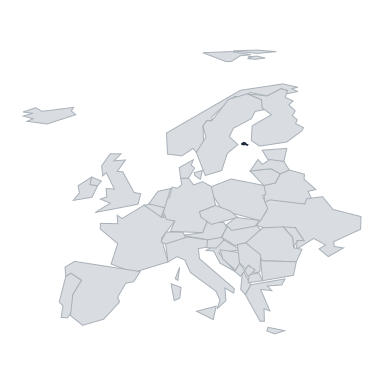 Aland on a map of Europe (Equal Earth projection)
{"feature_id": "ALA", "entity_name": "Aland", "entity_type": "country or territory", "adm_level": 0, "iso_a3": "ALA", "parent_name": "Europe", "parent_adm1": "", "projection": "equal_earth", "projection_center": [19.994, 60.209], "detail": "fine", "context": "in_parent", "style": "filled", "palette": "slate", "viewbox_px": 384, "rotation_deg": 0, "n_neighbors": 38, "source": "natural_earth", "source_scale": "50m", "svg_char_len": 8089}
<svg xmlns="http://www.w3.org/2000/svg" viewBox="0 0 384 384"><path d="M202.8,52.7L231.3,51.6L251.1,54.7L240.1,55.8L231.5,61.4L226.1,61.6L202.8,52.7ZM297.5,91.6L285.7,94.0L287.4,90.6L281.1,88.7L267.2,96.0L250.3,92.5L243.8,97.3L234.6,96.5L211.9,116.6L211.7,120.8L206.7,120.7L203.0,126.1L203.7,144.4L196.3,152.4L193.1,148.4L181.9,155.9L167.5,154.1L166.5,133.0L240.4,90.3L282.8,83.9L297.9,87.3L291.9,88.6L297.5,91.6ZM276.4,51.6L257.5,53.4L233.0,50.9L256.9,50.1L276.4,51.6ZM265.2,58.0L255.4,59.3L247.5,58.6L250.6,57.8L247.9,56.8L257.0,56.1L265.2,58.0Z" fill="#d9dde1" stroke="#a8b0b8" stroke-width="1"/><path d="M144.0,205.2L174.9,220.9L161.4,238.3L168.0,261.9L133.0,272.6L111.1,264.0L117.7,243.7L100.2,228.9L100.4,223.4L117.8,223.7L117.1,215.3L122.1,218.5L144.0,205.2ZM175.2,278.7L179.6,267.3L177.9,280.4L175.2,278.7Z" fill="#d9dde1" stroke="#a8b0b8" stroke-width="1"/><path d="M196.3,152.4L205.9,137.1L203.0,126.1L206.7,120.7L211.7,120.8L228.6,99.3L247.4,93.8L261.6,99.7L263.7,109.8L255.2,111.4L251.3,118.7L233.3,128.3L229.3,136.8L237.9,144.6L227.4,153.2L221.7,170.5L205.3,175.5L196.3,152.4Z" fill="#d9dde1" stroke="#a8b0b8" stroke-width="1"/><path d="M289.2,170.0L304.4,174.2L304.1,179.3L315.8,189.5L308.1,191.4L311.4,198.3L304.8,204.0L264.5,202.1L263.9,185.5L275.3,183.0L280.2,173.8L289.2,170.0Z" fill="#d9dde1" stroke="#a8b0b8" stroke-width="1"/><path d="M334.3,246.5L343.5,247.9L328.3,256.6L319.1,249.0L325.6,245.0L313.7,238.4L296.5,249.2L297.1,240.5L304.0,240.6L295.3,227.7L273.0,230.5L256.6,225.4L267.0,210.5L264.5,202.1L270.3,199.9L304.8,204.0L306.6,198.8L322.5,196.7L332.9,209.4L361.0,216.6L360.6,229.3L333.6,241.7L334.3,246.5Z" fill="#d9dde1" stroke="#a8b0b8" stroke-width="1"/><path d="M263.9,185.5L265.9,194.1L262.5,195.6L267.6,208.5L260.6,220.8L222.3,210.5L210.9,192.1L211.4,186.6L231.1,179.0L263.9,185.5Z" fill="#d9dde1" stroke="#a8b0b8" stroke-width="1"/><path d="M226.6,227.6L220.6,238.6L212.4,240.5L182.0,235.4L202.6,232.6L206.9,222.0L223.9,222.6L226.6,227.6Z" fill="#d9dde1" stroke="#a8b0b8" stroke-width="1"/><path d="M256.6,225.4L260.3,229.4L250.4,241.4L235.1,245.7L221.8,237.3L226.6,227.6L256.6,225.4Z" fill="#d9dde1" stroke="#a8b0b8" stroke-width="1"/><path d="M283.2,226.9L295.3,227.7L304.0,240.6L297.1,240.5L293.7,247.8L292.6,237.6L283.2,226.9Z" fill="#d9dde1" stroke="#a8b0b8" stroke-width="1"/><path d="M293.7,247.8L302.0,249.3L296.3,261.8L262.2,260.8L245.7,242.9L262.8,227.8L283.2,226.9L292.6,237.6L293.7,247.8Z" fill="#d9dde1" stroke="#a8b0b8" stroke-width="1"/><path d="M280.2,173.8L275.3,183.0L263.9,185.5L250.1,171.0L271.0,168.7L280.2,173.8Z" fill="#d9dde1" stroke="#a8b0b8" stroke-width="1"/><path d="M283.9,161.4L289.2,170.0L280.2,173.8L271.0,168.7L250.1,171.0L258.0,159.5L262.4,164.4L272.2,158.1L283.9,161.4Z" fill="#d9dde1" stroke="#a8b0b8" stroke-width="1"/><path d="M286.8,148.4L283.9,161.4L267.7,159.3L262.2,150.2L286.8,148.4Z" fill="#d9dde1" stroke="#a8b0b8" stroke-width="1"/><path d="M211.4,186.6L215.7,205.5L199.5,211.7L206.9,222.0L202.6,232.6L170.4,231.4L174.9,220.9L166.6,219.5L163.6,212.7L164.4,200.1L169.5,197.4L171.9,187.1L177.6,188.2L181.7,184.8L180.7,178.3L188.4,178.1L193.6,184.9L202.6,181.7L211.4,186.6Z" fill="#d9dde1" stroke="#a8b0b8" stroke-width="1"/><path d="M260.4,257.6L262.2,260.8L296.3,261.8L293.5,275.3L262.6,280.7L260.4,257.6Z" fill="#d9dde1" stroke="#a8b0b8" stroke-width="1"/><path d="M284.6,330.7L274.6,333.9L266.8,330.9L268.0,327.3L284.6,330.7ZM250.7,284.7L285.0,278.9L281.8,284.9L267.4,286.0L271.8,290.6L260.7,289.5L269.8,310.9L264.0,308.7L264.4,321.2L260.2,321.4L245.3,294.6L250.7,284.7Z" fill="#d9dde1" stroke="#a8b0b8" stroke-width="1"/><path d="M250.7,284.7L245.3,294.6L240.7,289.5L242.7,269.9L250.7,284.7Z" fill="#d9dde1" stroke="#a8b0b8" stroke-width="1"/><path d="M223.9,240.0L240.7,249.8L218.7,253.0L234.9,271.5L220.1,263.3L213.7,251.0L206.2,250.5L223.9,240.0Z" fill="#d9dde1" stroke="#a8b0b8" stroke-width="1"/><path d="M182.9,232.2L187.0,240.1L168.2,245.6L161.0,241.7L166.0,232.0L182.9,232.2Z" fill="#d9dde1" stroke="#a8b0b8" stroke-width="1"/><path d="M162.1,213.0L164.0,217.6L161.1,217.1L162.1,213.0Z" fill="#d9dde1" stroke="#a8b0b8" stroke-width="1"/><path d="M164.7,207.7L161.1,217.1L144.0,205.2L158.4,202.9L164.7,207.7Z" fill="#d9dde1" stroke="#a8b0b8" stroke-width="1"/><path d="M170.7,188.5L164.7,207.7L148.8,203.8L158.0,191.3L170.7,188.5Z" fill="#d9dde1" stroke="#a8b0b8" stroke-width="1"/><path d="M65.8,276.3L71.0,273.1L81.6,280.3L72.8,294.6L74.2,307.4L67.7,317.8L61.1,317.5L63.0,305.9L59.2,302.0L65.8,276.3Z" fill="#d9dde1" stroke="#a8b0b8" stroke-width="1"/><path d="M70.5,315.6L72.8,294.6L81.6,280.3L71.0,273.1L65.8,276.3L65.0,267.2L74.5,261.4L140.1,271.6L133.8,281.6L125.7,283.3L117.6,297.2L119.6,301.9L103.8,319.1L82.6,325.3L70.5,315.6Z" fill="#d9dde1" stroke="#a8b0b8" stroke-width="1"/><path d="M97.5,185.8L92.1,197.2L73.3,200.4L79.4,192.9L78.0,185.8L91.6,177.1L90.1,184.5L97.5,185.8Z" fill="#d9dde1" stroke="#a8b0b8" stroke-width="1"/><path d="M187.6,237.0L207.5,239.9L208.0,247.0L198.3,248.6L199.5,258.7L234.3,288.7L233.7,293.1L224.9,288.0L225.9,300.6L217.1,308.8L220.0,300.1L215.8,291.2L190.4,272.5L184.9,260.1L177.2,256.6L168.0,261.9L165.7,243.9L187.6,237.0ZM196.6,311.3L216.2,306.1L213.2,319.6L196.6,311.3ZM171.1,283.8L181.1,287.5L179.7,298.3L174.2,300.6L171.1,283.8Z" fill="#d9dde1" stroke="#a8b0b8" stroke-width="1"/><path d="M188.4,178.1L180.7,178.3L179.2,167.6L193.4,159.7L191.2,165.2L194.6,168.1L188.4,178.1ZM202.4,170.4L200.4,179.4L194.8,175.5L194.2,172.7L202.4,170.4Z" fill="#d9dde1" stroke="#a8b0b8" stroke-width="1"/><path d="M97.5,185.8L90.1,184.5L91.6,177.1L101.4,181.1L97.5,185.8ZM114.4,189.1L106.4,172.7L102.8,175.9L101.6,165.9L110.2,153.8L121.0,153.8L113.9,160.8L125.5,160.0L117.2,171.4L122.8,171.8L134.0,192.4L140.7,193.8L138.0,204.2L95.2,212.5L110.3,203.2L100.4,199.1L106.7,196.9L106.1,188.5L114.4,189.1Z" fill="#d9dde1" stroke="#a8b0b8" stroke-width="1"/><path d="M73.6,107.4L71.3,110.9L75.7,114.7L47.0,124.0L27.1,121.3L33.1,118.8L23.2,116.0L33.0,113.3L23.0,112.0L35.8,107.7L42.0,111.3L73.6,107.4Z" fill="#d9dde1" stroke="#a8b0b8" stroke-width="1"/><path d="M207.5,239.9L221.8,237.3L223.9,240.0L216.3,248.1L206.7,247.7L207.5,239.9Z" fill="#d9dde1" stroke="#a8b0b8" stroke-width="1"/><path d="M287.4,90.6L285.3,97.5L293.1,100.9L288.9,104.8L295.2,110.9L292.3,115.7L297.3,119.9L295.5,123.6L303.5,127.6L301.9,130.7L286.8,142.0L259.5,146.1L251.3,140.6L252.2,125.7L271.4,114.8L262.0,107.7L261.6,99.7L247.4,93.8L267.2,96.0L281.1,88.7L287.4,90.6Z" fill="#d9dde1" stroke="#a8b0b8" stroke-width="1"/><path d="M259.3,220.4L255.3,226.1L231.7,230.4L226.1,225.0L235.9,217.4L259.3,220.4Z" fill="#d9dde1" stroke="#a8b0b8" stroke-width="1"/><path d="M215.7,205.5L230.2,211.0L237.7,217.4L211.2,224.4L200.9,217.0L199.5,211.7L215.7,205.5Z" fill="#d9dde1" stroke="#a8b0b8" stroke-width="1"/><path d="M235.5,270.2L222.9,259.1L220.1,249.8L240.5,252.7L241.0,262.9L235.5,270.2Z" fill="#d9dde1" stroke="#a8b0b8" stroke-width="1"/><path d="M258.9,272.8L262.6,280.7L248.1,282.7L249.0,274.9L258.9,272.8Z" fill="#d9dde1" stroke="#a8b0b8" stroke-width="1"/><path d="M237.4,244.5L245.7,242.9L260.7,254.9L259.9,271.7L254.0,273.4L249.3,265.2L245.9,268.9L239.6,263.2L237.4,244.5Z" fill="#d9dde1" stroke="#a8b0b8" stroke-width="1"/><path d="M244.8,270.6L240.5,276.3L234.9,271.5L239.6,263.2L244.8,270.6Z" fill="#d9dde1" stroke="#a8b0b8" stroke-width="1"/><path d="M248.0,276.5L244.8,270.6L248.2,265.6L255.2,269.9L248.0,276.5Z" fill="#d9dde1" stroke="#a8b0b8" stroke-width="1"/><path d="M244.3,142.9L244.5,142.9L244.8,142.9L245.2,143.1L245.3,143.3L245.6,143.3L245.7,143.5L245.4,143.9L245.2,143.9L244.7,143.9L244.6,144.0L244.5,144.5L243.3,144.6L243.0,144.5L242.6,143.6L242.7,143.4L243.0,143.3L243.2,143.8L243.5,143.7L243.6,143.4L243.7,143.2L243.4,143.0L243.2,142.9L243.4,142.7L243.8,142.6L244.0,142.9L244.3,142.9ZM242.6,143.9L242.6,144.1L242.4,144.0L242.2,144.1L242.1,144.3L241.9,144.2L241.8,143.9L242.0,143.6L242.4,143.6L242.6,143.9ZM247.6,144.8L247.5,145.0L247.1,145.0L246.9,144.9L246.5,144.9L246.4,144.8L246.6,144.7L246.9,144.6L247.4,144.7L247.6,144.8Z" fill="#64748b" stroke="#1e293b" stroke-width="1.5"/></svg>